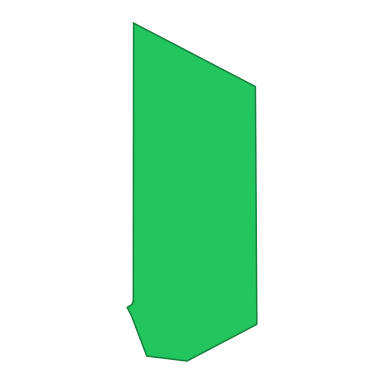 Am-Djarass, Ennedi, Chad (orthographic projection)
{"feature_id": "50815135B96833037498211", "entity_name": "Am-Djarass", "entity_type": "district", "adm_level": 2, "iso_a3": "TCD", "parent_name": "Chad", "parent_adm1": "Ennedi", "projection": "orthographic", "projection_center": [22.869, 18.153], "detail": "fine", "context": "isolated", "style": "filled", "palette": "green", "viewbox_px": 384, "rotation_deg": 0, "n_neighbors": 0, "source": "geoboundaries", "source_scale": "gbopen_adm2", "svg_char_len": 274}
<svg xmlns="http://www.w3.org/2000/svg" viewBox="0 0 384 384"><path d="M256.8,324.3L256.8,321.1L255.4,86.6L133.6,23.1L133.3,301.1L131.7,304.7L127.2,307.4L127.4,307.9L131.6,316.0L146.8,356.1L187.0,361.0L256.8,324.3Z" fill="#22c55e" stroke="#15803d" stroke-width="1.5"/></svg>